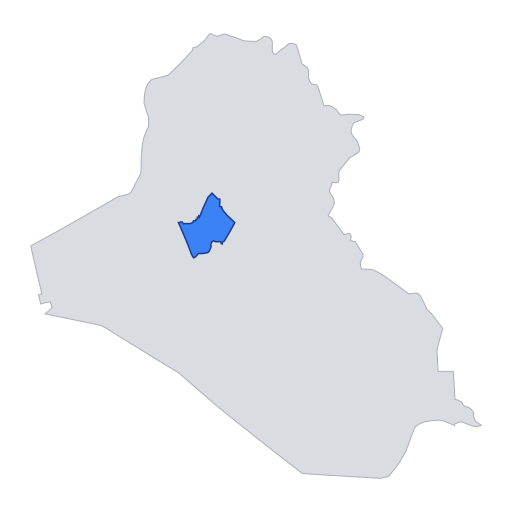 Heet, Al-Anbar, Iraq shown in context
{"feature_id": "34846034B36962706181157", "entity_name": "Heet", "entity_type": "district", "adm_level": 2, "iso_a3": "IRQ", "parent_name": "Iraq", "parent_adm1": "Al-Anbar", "projection": "albers", "projection_center": [42.654, 33.814], "detail": "fine", "context": "in_parent", "style": "filled", "palette": "blue", "viewbox_px": 512, "rotation_deg": 0, "n_neighbors": 0, "source": "geoboundaries", "source_scale": "gbopen_adm2", "svg_char_len": 4805}
<svg xmlns="http://www.w3.org/2000/svg" viewBox="0 0 512 512"><path d="M192.8,47.9L196.9,46.8L204.7,40.3L209.2,34.2L210.7,33.7L214.7,35.7L217.6,36.2L224.3,33.9L228.3,35.1L231.7,36.6L233.5,36.7L242.6,40.4L244.8,40.9L249.4,41.3L256.4,41.4L260.8,38.9L263.9,36.5L266.1,36.5L268.3,37.0L270.1,38.0L271.6,39.8L272.4,42.3L272.2,50.4L272.9,52.6L274.2,54.1L275.7,54.4L277.6,52.6L280.8,49.9L284.8,47.1L287.8,44.4L289.5,43.5L292.2,43.5L294.9,43.9L296.4,45.1L296.4,45.5L297.9,49.3L301.8,63.5L303.9,65.2L306.2,66.7L307.9,68.8L308.6,70.9L308.5,74.2L308.6,78.1L309.6,81.0L311.0,83.2L312.3,84.3L314.2,84.3L316.4,84.8L318.0,87.0L323.2,103.1L323.7,105.2L325.7,105.8L329.0,105.4L332.5,107.0L336.2,109.6L339.8,114.4L342.1,115.1L349.3,114.2L359.2,114.7L363.9,117.0L363.5,118.6L360.0,120.5L353.8,122.8L352.0,126.4L351.1,130.9L351.4,133.5L353.0,136.2L357.7,141.6L358.0,143.6L358.9,146.4L359.8,148.3L359.0,152.0L355.0,154.7L349.8,157.7L339.4,170.4L338.7,173.1L339.0,180.5L338.0,182.6L334.6,182.6L331.9,182.3L331.8,184.9L330.2,188.4L329.3,191.4L333.5,198.3L334.3,202.0L333.8,205.4L330.3,211.4L328.2,215.4L328.7,216.3L331.6,217.8L341.0,230.4L344.0,234.8L347.8,233.5L349.2,233.5L350.3,234.2L351.1,235.7L351.1,237.7L350.3,240.6L355.2,241.6L357.0,244.5L363.0,254.3L362.9,257.3L360.3,262.2L360.4,265.3L361.1,268.1L362.0,269.1L370.4,269.2L374.0,270.2L382.9,275.0L393.2,282.5L401.6,288.6L408.8,293.8L416.2,293.0L418.3,293.9L420.2,295.6L422.6,300.0L427.3,310.0L431.1,313.2L437.1,321.1L442.8,328.4L439.8,339.0L437.0,350.0L437.6,363.9L438.0,371.4L445.3,371.4L453.3,371.3L453.9,380.3L454.4,389.2L455.0,399.5L457.4,399.8L461.3,401.8L463.1,405.0L465.3,406.7L467.7,406.9L470.2,408.4L472.8,411.2L473.8,413.4L473.3,415.0L473.9,417.7L475.8,421.5L478.0,423.2L481.3,425.2L477.0,426.7L472.3,426.0L462.1,422.0L458.9,422.1L454.8,424.0L454.7,425.6L443.9,421.0L440.1,420.2L438.7,420.2L432.7,420.5L424.2,421.8L419.2,424.1L415.8,426.4L414.3,428.6L413.8,429.8L411.3,436.2L408.5,444.4L405.5,451.8L399.5,462.3L396.1,467.2L388.8,476.2L380.6,478.3L361.3,477.2L339.9,475.9L318.7,474.6L302.9,473.5L301.7,473.0L285.9,460.8L273.4,451.1L258.0,438.9L242.3,426.4L226.4,413.7L215.0,404.4L201.1,392.4L188.5,381.5L178.7,372.8L166.0,365.2L156.2,359.2L141.9,350.4L130.5,343.4L120.8,337.4L105.8,328.0L100.9,325.5L85.3,322.1L70.6,319.1L55.3,316.0L45.2,313.9L52.1,307.7L50.2,301.8L45.3,302.7L40.8,304.0L38.4,294.9L41.9,293.9L39.1,282.0L36.2,269.8L33.5,258.1L30.7,246.0L43.7,238.8L53.4,233.5L67.0,225.9L80.0,218.5L92.3,211.5L105.9,203.7L118.0,196.7L129.0,194.0L131.3,191.7L136.4,181.9L140.8,173.5L141.0,171.6L141.2,159.6L142.2,145.5L143.7,138.0L146.2,131.4L148.5,126.6L148.8,122.1L148.5,117.5L146.3,110.5L144.0,103.2L144.4,96.2L144.9,92.5L146.4,86.6L149.0,82.2L151.8,79.5L161.9,76.9L168.0,75.3L176.0,67.6L180.8,63.0L187.5,55.8L192.4,50.4L192.8,48.6L192.8,47.9Z" fill="#d9dde1" stroke="#a8b0b8" stroke-width="1"/><path d="M234.8,222.6L233.6,221.5L232.3,220.2L230.2,218.2L228.4,216.5L228.1,216.2L227.7,215.9L227.2,215.4L226.8,215.1L226.2,214.3L225.5,213.4L223.5,211.0L222.8,210.1L222.6,209.8L222.4,209.4L222.2,208.9L222.0,208.0L221.4,206.6L219.6,206.6L219.6,205.5L219.7,204.5L219.7,203.5L219.8,202.6L219.8,201.9L219.8,199.1L217.9,199.1L217.6,198.7L215.9,197.0L214.6,195.7L212.0,193.1L210.8,194.4L209.8,195.4L209.3,196.0L208.6,196.6L207.9,197.3L207.4,198.7L206.6,200.3L205.8,202.2L205.1,203.6L204.5,205.1L203.8,206.5L203.0,208.3L202.2,210.4L201.5,211.9L201.0,213.4L200.2,215.3L199.9,216.0L199.6,216.7L199.3,216.0L198.8,215.8L198.8,216.4L199.1,217.2L198.4,217.5L197.4,217.2L197.4,218.9L195.9,219.4L195.7,220.8L193.5,220.8L193.0,222.3L192.1,222.8L190.8,223.5L189.3,223.6L188.2,223.7L187.1,223.7L186.3,223.6L185.1,223.6L183.4,223.8L182.7,222.8L182.2,222.0L181.1,222.1L180.2,222.0L179.5,222.7L178.5,222.6L179.2,224.2L179.9,225.8L180.5,227.2L181.1,228.7L181.5,229.5L181.9,230.6L182.5,231.8L183.0,233.2L183.8,234.9L184.3,236.2L184.9,237.5L185.4,238.6L185.9,239.9L186.4,241.0L186.9,242.3L187.0,242.6L187.7,244.2L188.1,245.4L188.7,246.7L189.2,248.1L189.6,249.3L190.0,250.4L190.5,251.5L190.9,252.6L191.2,253.5L191.6,254.5L192.2,255.5L192.7,256.5L193.3,257.5L193.9,257.9L194.6,257.4L195.3,257.0L196.0,256.3L196.8,255.4L197.4,254.7L198.2,253.7L198.8,253.6L199.7,253.5L200.9,253.5L202.2,253.5L203.8,253.4L204.8,253.2L206.1,252.9L207.0,252.8L207.8,252.6L208.4,251.9L209.0,251.5L209.3,251.0L209.8,249.8L210.3,248.8L210.8,247.6L211.1,246.4L211.0,245.7L210.7,244.8L211.0,243.9L211.3,243.1L211.7,242.1L212.4,241.6L213.3,240.8L214.2,241.2L215.3,241.6L216.2,241.8L217.2,241.7L218.1,241.7L219.1,241.6L220.0,241.6L220.6,241.9L220.9,242.3L221.2,243.3L221.5,243.7L222.1,244.0L222.2,243.2L222.2,242.3L222.6,242.1L223.5,241.6L224.2,241.2L224.6,240.6L225.0,239.9L225.7,238.8L226.4,237.4L227.5,235.7L228.5,234.0L229.4,232.4L230.4,230.7L234.8,222.6Z" fill="#3b82f6" stroke="#1e3a8a" stroke-width="1.5"/></svg>